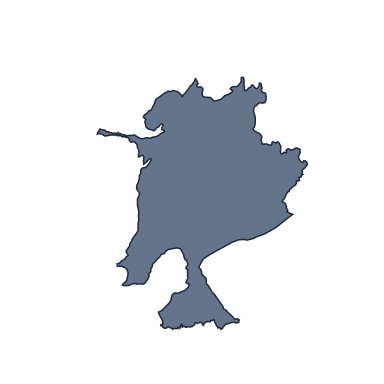 Thota-ea-Moli, Maseru, Lesotho (orthographic projection), rotated 34°
{"feature_id": "5366337B11591763594047", "entity_name": "Thota-ea-Moli", "entity_type": "district", "adm_level": 2, "iso_a3": "LSO", "parent_name": "Lesotho", "parent_adm1": "Maseru", "projection": "orthographic", "projection_center": [27.504, -29.453], "detail": "fine", "context": "isolated", "style": "filled", "palette": "slate", "viewbox_px": 384, "rotation_deg": 34, "n_neighbors": 0, "source": "geoboundaries", "source_scale": "gbopen_adm2", "svg_char_len": 6080}
<svg xmlns="http://www.w3.org/2000/svg" viewBox="0 0 384 384"><g transform="rotate(34 192 192)"><path d="M302.8,271.6L300.8,271.6L298.6,273.5L294.1,272.5L289.1,271.8L286.4,270.9L283.9,271.3L281.0,269.3L278.1,268.4L267.9,264.3L264.1,263.7L258.9,260.8L255.6,260.1L254.0,258.4L252.3,256.1L251.3,255.5L246.3,254.8L243.3,251.6L239.6,250.6L238.7,241.4L241.7,234.2L246.0,225.4L253.7,210.8L257.2,205.8L261.4,202.4L264.6,201.0L268.8,196.3L271.6,191.5L275.2,186.9L281.0,175.6L287.9,154.2L285.2,154.9L283.4,154.9L281.8,155.4L281.5,153.4L279.2,152.6L278.4,151.1L275.4,149.3L273.5,149.3L272.2,149.7L271.9,148.2L272.2,145.9L271.9,143.1L271.2,141.6L271.5,140.2L271.3,138.5L272.2,137.2L271.5,135.2L272.2,133.9L272.2,132.4L273.5,129.1L273.8,127.0L273.2,125.4L272.3,124.3L273.9,123.5L274.7,122.2L272.4,120.1L274.1,118.6L273.6,116.9L274.1,115.3L272.9,115.4L272.4,113.9L271.3,112.3L271.2,111.4L272.3,108.2L272.1,107.1L272.4,105.3L271.8,104.2L270.1,102.9L268.7,102.8L267.1,103.6L267.7,104.8L267.6,105.1L266.2,105.9L264.8,105.9L262.5,104.9L260.8,103.7L260.0,101.7L259.7,98.7L257.5,96.2L253.8,97.1L251.6,101.0L250.5,102.2L249.1,102.0L248.2,102.1L247.3,102.7L246.7,104.2L246.7,104.9L247.9,105.6L248.4,106.6L248.0,107.0L246.1,107.5L245.6,109.3L245.1,110.2L244.6,110.4L244.1,110.4L243.0,109.5L240.0,104.4L236.9,102.7L235.5,102.5L234.6,102.7L234.7,103.5L234.4,104.3L230.9,105.2L230.8,106.5L231.4,107.9L231.3,108.6L230.8,109.3L229.4,110.0L227.0,110.4L224.0,112.7L223.3,112.8L220.6,110.6L220.1,109.7L219.4,107.8L218.2,106.6L216.4,106.0L214.8,105.8L210.1,106.5L208.3,106.2L207.1,105.1L207.5,103.5L206.1,99.8L202.7,94.7L198.0,90.8L196.2,87.4L196.2,85.2L197.2,84.2L197.6,80.9L198.6,79.9L200.6,79.0L202.4,77.2L201.9,74.3L201.0,73.1L200.3,71.4L197.8,69.2L196.7,69.1L195.0,70.1L192.8,69.1L192.4,68.8L192.0,66.7L188.4,63.5L187.5,63.5L186.9,64.2L188.1,65.6L188.4,68.9L188.0,70.0L187.0,70.6L183.0,69.5L181.9,69.5L181.9,72.3L180.6,74.6L180.9,76.1L179.3,78.4L178.6,78.2L176.7,75.7L174.8,73.7L172.9,70.5L171.4,68.8L170.2,68.3L169.1,69.1L168.9,69.5L169.1,70.1L170.7,72.3L171.1,73.7L170.9,77.2L170.4,79.3L166.4,82.5L165.9,84.4L166.4,85.4L168.3,85.3L169.3,85.6L169.4,86.5L167.8,90.5L165.3,93.7L164.4,98.4L162.3,101.4L159.4,104.4L158.9,104.5L155.5,103.4L154.3,103.4L149.6,106.2L148.3,106.5L147.1,106.3L146.2,105.8L145.3,104.4L144.6,103.9L143.9,101.1L143.5,100.6L141.7,99.9L140.7,99.9L140.0,100.2L139.4,101.0L138.4,101.6L137.1,101.8L136.2,100.8L136.5,99.1L136.3,98.6L134.1,97.2L132.1,96.4L131.8,96.0L131.4,96.8L131.9,97.8L132.1,99.4L131.9,103.5L131.3,105.6L131.5,108.9L131.1,110.7L131.1,113.9L130.6,115.8L130.6,118.3L129.1,117.6L124.8,116.8L119.9,118.2L117.7,121.1L115.7,121.7L115.6,123.0L114.2,124.8L110.2,135.8L111.0,137.3L110.7,138.5L111.5,139.6L111.7,141.1L111.8,143.9L112.3,145.7L112.3,147.1L111.0,148.4L110.6,151.7L109.4,155.0L109.8,157.2L112.8,157.5L113.8,160.3L117.6,163.8L119.3,164.2L121.8,163.9L124.3,162.8L125.8,162.8L126.7,161.9L126.8,158.5L128.0,156.6L127.9,153.7L129.7,152.3L130.8,153.1L130.8,154.7L131.3,156.3L132.4,157.2L134.5,156.4L135.5,157.6L134.5,158.9L133.3,161.3L132.9,163.1L131.9,165.2L130.7,166.8L128.4,168.8L127.9,170.4L124.0,172.3L121.9,174.7L120.4,176.0L118.5,176.7L112.3,176.9L111.1,178.3L107.3,181.0L106.3,182.2L104.3,182.2L101.6,183.6L100.0,183.6L99.8,184.8L97.4,183.9L97.4,185.9L95.4,186.0L94.0,187.5L91.9,188.0L90.5,188.7L89.0,188.7L87.7,190.1L85.2,189.4L82.5,190.8L80.4,191.3L80.6,195.7L81.2,197.0L82.1,195.4L83.6,195.1L84.6,194.4L88.4,194.3L89.6,193.4L93.4,189.7L95.5,188.5L96.8,187.4L99.3,186.8L100.8,185.5L102.6,185.1L104.1,185.1L104.8,183.8L106.9,183.6L108.0,182.8L110.1,182.8L111.1,184.3L113.7,184.9L115.4,182.8L117.0,182.8L119.0,183.1L120.4,183.8L121.5,185.3L124.2,186.8L126.0,188.8L126.9,191.4L127.9,192.8L128.8,192.2L129.7,190.1L130.9,189.1L131.9,189.4L132.9,190.5L134.3,193.3L136.5,196.0L136.9,194.8L136.8,194.2L137.7,192.3L137.6,191.1L138.0,190.3L138.0,189.0L139.1,187.3L140.2,187.8L140.4,188.6L140.3,196.3L139.6,197.8L138.3,198.9L137.3,200.3L137.2,202.6L139.1,204.9L139.1,207.6L141.1,210.9L142.3,215.0L142.3,216.8L144.2,220.3L149.2,222.3L150.2,224.6L150.5,228.0L154.2,233.5L158.5,237.5L161.4,242.4L163.5,244.9L165.2,248.9L168.8,253.8L169.1,256.5L168.8,264.0L169.4,266.1L169.4,269.9L170.5,271.5L170.3,275.3L170.6,278.4L173.1,279.4L174.5,280.4L173.8,282.2L173.8,285.5L172.0,288.6L172.0,290.4L171.4,292.0L170.1,293.4L171.6,295.3L173.9,293.6L175.6,292.7L179.5,292.2L181.6,292.7L182.8,293.6L184.8,295.6L187.2,301.5L187.2,303.7L186.3,306.2L186.3,308.0L188.0,307.7L191.8,304.9L193.7,301.9L196.0,299.6L197.7,299.5L198.2,298.5L203.3,295.5L203.9,294.3L204.0,292.7L203.7,291.6L204.2,289.8L203.4,285.4L201.8,284.1L202.4,281.9L202.2,280.7L200.8,278.9L200.9,276.3L200.2,275.5L199.9,274.3L199.9,273.0L201.5,263.3L201.5,260.7L203.3,258.8L203.5,255.2L204.7,252.7L210.8,246.7L214.1,245.6L219.3,248.0L222.1,250.7L223.1,251.3L224.4,252.0L225.8,251.8L228.7,253.8L229.3,254.9L229.1,256.9L229.7,258.9L232.3,258.9L232.9,260.9L234.3,261.9L235.0,264.0L236.7,265.2L237.2,269.6L238.1,270.7L239.1,270.3L241.7,270.3L242.1,272.4L241.3,277.3L237.0,283.7L233.9,285.5L233.3,287.1L233.3,289.0L234.7,292.7L235.3,296.2L233.3,307.1L231.3,310.4L233.6,312.1L239.6,315.2L241.9,318.0L240.4,319.3L240.7,320.2L241.9,319.8L243.4,320.5L245.4,320.3L246.8,319.2L247.5,317.5L248.0,316.9L250.2,316.7L251.5,316.1L252.6,316.8L253.3,315.3L256.1,313.6L256.4,313.0L256.0,312.1L256.5,311.7L258.0,312.1L258.1,311.2L257.5,310.9L257.0,308.2L257.5,307.3L257.9,307.4L258.7,309.0L259.2,309.5L259.7,309.5L259.8,308.7L259.3,308.3L261.5,307.6L262.3,307.8L263.9,306.1L265.8,305.0L267.3,303.6L268.4,300.5L267.7,299.1L267.8,298.6L270.2,297.7L270.8,296.3L272.3,295.1L273.7,295.0L274.9,296.1L276.1,296.2L276.1,295.7L275.5,295.1L275.4,294.3L276.1,292.4L277.0,291.3L277.2,290.5L279.5,289.6L279.7,289.3L279.3,288.2L279.5,287.8L279.9,287.4L280.7,287.4L281.5,285.5L282.1,285.6L283.9,287.5L286.3,288.4L286.6,289.0L289.0,289.7L289.4,290.2L290.0,289.5L291.2,289.0L292.7,289.6L293.6,288.3L293.3,287.1L294.1,282.1L295.3,281.6L298.0,277.8L299.4,276.6L302.4,275.6L303.6,273.6L302.9,272.9L302.8,271.6Z" fill="#64748b" stroke="#1e293b" stroke-width="1.5"/></g></svg>